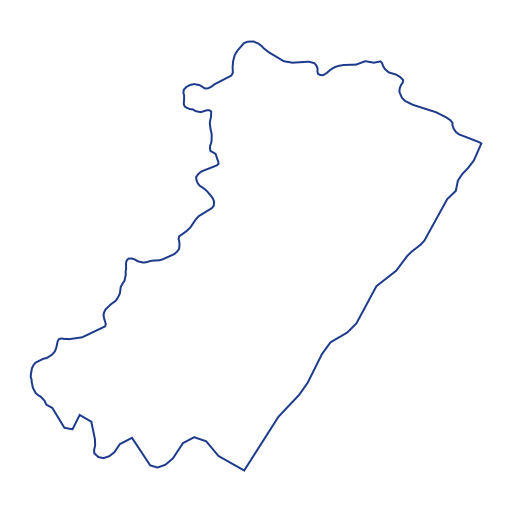 the Autonomous Community of Castellón
{"feature_id": "ESP-5814", "entity_name": "Castellón", "entity_type": "Autonomous Community", "adm_level": 1, "iso_a3": "ESP", "parent_name": "Spain", "parent_adm1": "", "projection": "robinson", "projection_center": [-0.258, 40.248], "detail": "fine", "context": "isolated", "style": "outline", "palette": "blue", "viewbox_px": 512, "rotation_deg": 0, "n_neighbors": 0, "source": "natural_earth", "source_scale": "10m", "svg_char_len": 2697}
<svg xmlns="http://www.w3.org/2000/svg" viewBox="0 0 512 512"><path d="M481.3,143.5L479.2,148.3L473.9,160.4L468.0,168.1L462.4,173.9L457.9,180.6L455.8,190.9L447.3,199.0L424.4,240.6L420.5,244.8L411.7,251.6L407.3,255.9L396.1,270.8L376.4,286.2L356.4,323.4L347.3,332.5L330.5,342.3L322.0,354.0L307.7,382.7L299.1,394.9L278.4,416.8L244.2,470.5L218.5,456.0L206.2,441.3L194.2,437.2L183.0,443.1L172.9,458.4L165.3,464.8L157.5,467.5L150.2,465.4L132.0,437.8L119.8,444.2L114.4,452.2L109.3,456.2L103.5,458.1L98.4,457.1L94.3,453.3L94.1,449.9L95.1,445.7L95.0,439.6L91.3,421.7L79.7,415.0L72.5,429.3L64.4,427.8L52.3,407.9L46.5,404.8L44.5,400.7L40.6,396.6L38.0,395.1L35.7,393.1L32.9,387.8L31.7,382.1L31.6,379.5L30.7,377.1L30.9,374.4L31.9,368.3L33.4,365.3L35.6,362.6L43.2,358.8L46.8,358.0L51.1,355.3L52.0,354.6L54.9,351.4L56.3,347.7L57.7,341.2L59.0,339.1L61.4,338.5L64.0,338.9L69.6,339.1L82.2,337.3L105.2,326.3L105.8,323.9L104.1,318.4L103.5,315.3L104.2,312.1L105.6,309.3L111.1,304.1L115.6,300.9L118.3,296.8L119.9,293.4L120.7,287.1L122.2,284.2L124.5,280.7L125.8,274.6L125.6,271.7L126.1,269.0L126.0,263.3L126.6,260.6L128.5,258.6L131.8,258.5L134.8,259.5L137.8,261.3L142.8,262.5L144.6,262.5L147.2,262.0L149.9,261.1L153.0,260.6L159.1,260.3L162.2,259.5L174.3,254.1L176.9,251.8L179.1,249.0L179.5,244.9L179.3,241.7L178.6,238.9L179.2,236.3L186.4,231.2L190.4,227.4L195.7,219.5L198.8,216.1L211.9,208.1L213.8,205.6L214.1,201.7L212.9,198.6L210.9,195.8L206.9,191.1L204.7,189.1L199.6,185.6L197.6,183.1L196.5,180.1L196.1,177.1L198.1,174.2L201.5,171.4L216.8,165.4L218.5,163.8L218.3,161.5L217.3,159.1L215.7,154.1L215.3,153.7L210.4,150.9L210.0,148.6L210.1,145.9L211.1,143.2L211.6,140.4L211.7,134.6L211.2,131.7L210.5,129.0L209.8,123.2L210.2,120.2L211.0,117.0L211.2,111.5L209.2,110.2L206.6,110.3L201.0,112.1L198.1,111.7L195.2,110.9L192.8,109.4L189.9,109.1L187.1,108.0L184.7,106.5L183.8,104.1L184.1,98.4L184.1,95.5L183.4,92.7L183.8,89.7L186.7,86.7L190.3,84.9L194.2,84.1L199.6,85.1L205.0,88.5L207.8,88.4L211.6,86.6L214.3,84.4L231.1,75.7L232.7,73.2L232.8,70.4L232.6,67.4L233.1,61.3L234.6,55.4L236.0,52.8L237.8,50.2L244.0,43.1L247.6,41.7L253.6,41.5L258.1,43.5L261.3,45.7L263.6,48.2L268.7,52.2L283.7,61.2L292.3,62.7L308.8,61.7L314.3,63.1L316.4,65.5L317.6,68.5L317.4,71.3L318.0,73.8L320.2,75.0L323.1,75.2L326.8,73.0L329.5,70.5L332.4,68.5L335.2,67.0L339.0,65.8L343.6,65.0L356.1,64.6L365.3,61.2L373.9,62.7L380.6,61.4L382.1,63.2L383.0,65.8L384.8,68.9L388.7,72.4L395.9,74.5L400.1,77.0L403.2,80.1L402.6,82.8L401.0,85.1L399.7,88.3L399.4,92.0L402.0,97.9L405.0,100.9L412.8,104.8L436.2,112.3L446.4,117.5L450.2,120.1L452.5,122.9L452.5,125.6L453.7,128.7L456.0,132.1L458.9,134.3L479.7,142.4L481.3,143.5Z" fill="none" stroke="#1e3a8a" stroke-width="2"/></svg>